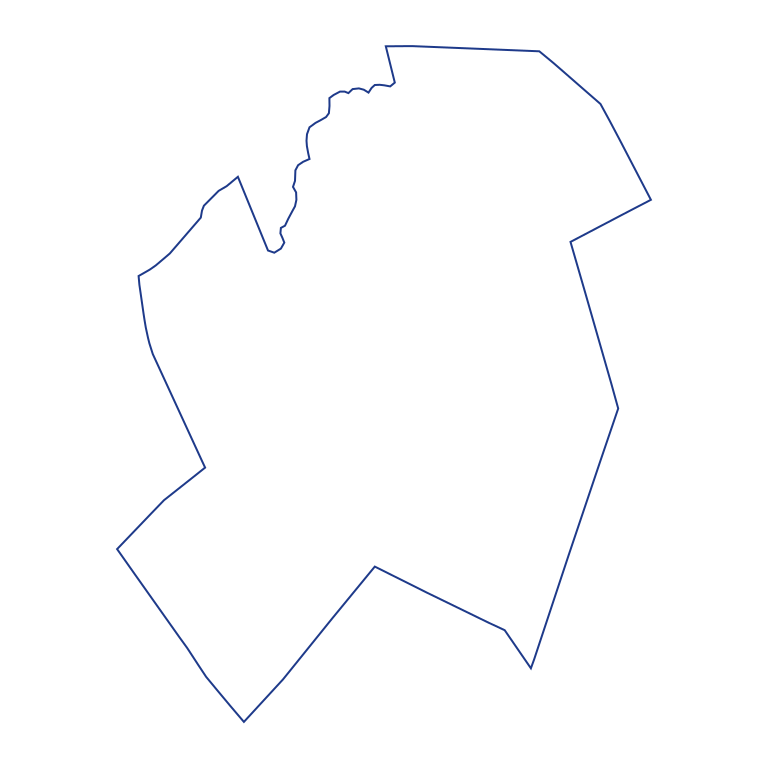 the district of Embakasi East, Nairobi, Kenya
{"feature_id": "3690345B74983117878970", "entity_name": "Embakasi East", "entity_type": "district", "adm_level": 2, "iso_a3": "KEN", "parent_name": "Kenya", "parent_adm1": "Nairobi", "projection": "equal_earth", "projection_center": [36.924, -1.309], "detail": "fine", "context": "isolated", "style": "outline", "palette": "blue", "viewbox_px": 768, "rotation_deg": 0, "n_neighbors": 0, "source": "geoboundaries", "source_scale": "gbopen_adm2", "svg_char_len": 1379}
<svg xmlns="http://www.w3.org/2000/svg" viewBox="0 0 768 768"><path d="M218.7,190.8L203.9,205.7L202.0,210.6L200.8,217.6L169.8,253.5L155.8,265.4L149.8,269.6L146.0,271.8L138.6,276.0L139.4,284.8L140.6,293.1L143.6,314.0L144.6,320.5L145.8,327.6L148.0,337.8L149.4,343.4L152.8,354.1L185.3,424.7L202.2,461.4L205.1,467.6L198.6,472.8L164.0,500.2L151.0,513.7L117.1,549.1L135.2,574.8L179.6,637.5L187.2,648.0L198.1,664.7L206.1,676.8L216.6,689.5L230.2,705.8L243.9,721.9L283.0,679.4L332.4,618.2L374.8,566.6L427.2,592.8L489.0,622.9L504.7,630.2L517.9,649.4L530.9,668.3L534.2,659.2L568.6,555.3L599.8,462.6L618.2,408.5L611.3,383.6L585.3,293.0L582.9,284.7L570.5,241.9L621.9,214.9L633.6,208.8L650.9,199.8L619.8,140.0L609.6,120.7L600.5,104.0L553.8,63.3L539.3,51.3L480.7,48.9L411.9,46.1L385.8,46.3L394.8,82.6L390.2,86.4L384.2,85.3L379.7,84.8L374.8,85.0L371.6,87.9L368.5,92.6L363.8,89.7L358.9,88.4L352.6,89.1L348.4,93.1L344.7,91.6L340.0,91.6L333.6,95.0L329.4,98.1L329.5,106.0L328.9,113.2L326.1,117.0L320.4,120.3L315.5,122.9L309.5,127.3L307.0,134.2L306.5,140.7L306.9,146.1L308.2,153.2L309.5,159.0L303.1,161.8L298.1,165.2L295.4,170.3L295.0,180.9L293.0,186.9L296.1,192.4L296.4,199.8L295.0,206.3L292.3,211.2L288.3,218.7L285.0,225.7L280.9,227.9L280.4,233.4L282.4,237.8L284.3,242.6L280.9,248.6L274.3,252.7L268.0,250.5L237.9,176.8L226.6,186.2L218.7,190.8Z" fill="none" stroke="#1e3a8a" stroke-width="2"/></svg>